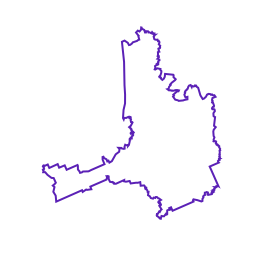 Zirņu pag., Saldus, Latvia, rotated 258°
{"feature_id": "27541924B62939624969676", "entity_name": "Zirņu pag.", "entity_type": "district", "adm_level": 2, "iso_a3": "LVA", "parent_name": "Latvia", "parent_adm1": "Saldus", "projection": "orthographic", "projection_center": [22.269, 56.702], "detail": "fine", "context": "isolated", "style": "outline", "palette": "violet", "viewbox_px": 256, "rotation_deg": 258, "n_neighbors": 0, "source": "geoboundaries", "source_scale": "gbopen_adm2", "svg_char_len": 5875}
<svg xmlns="http://www.w3.org/2000/svg" viewBox="0 0 256 256"><g transform="rotate(258 128 128)"><path d="M102.4,35.9L102.0,37.8L98.9,39.5L95.1,42.8L94.5,44.9L89.9,45.9L89.5,46.0L88.6,44.9L87.3,42.5L85.5,43.8L81.1,41.7L76.9,43.2L70.9,42.5L76.7,70.1L74.9,70.4L76.5,74.3L76.0,75.0L75.7,79.4L78.5,79.0L82.0,96.2L84.5,97.4L85.3,97.1L85.2,98.3L84.7,99.0L82.1,98.5L79.1,99.2L78.5,100.6L78.5,101.6L77.5,102.7L76.9,102.3L76.4,102.7L76.0,104.7L77.9,113.4L76.7,113.0L75.9,114.8L75.8,118.6L73.2,119.1L72.8,124.5L72.4,126.1L72.5,128.7L68.9,128.4L68.5,131.8L67.6,132.3L65.8,132.3L66.1,133.2L65.9,133.5L65.3,133.4L65.1,132.5L64.8,132.4L63.7,133.6L62.8,134.0L61.0,133.9L60.7,134.2L60.8,134.6L58.1,133.6L56.6,135.2L54.8,135.7L53.7,137.8L54.6,138.9L53.9,140.1L54.7,140.8L54.6,141.4L54.3,142.1L52.9,143.0L52.6,143.7L50.8,145.3L50.1,143.3L49.8,143.2L49.8,142.7L49.2,142.2L48.1,142.6L47.9,143.0L48.1,143.8L46.2,144.3L45.7,144.0L45.9,142.8L45.5,142.4L41.4,143.9L41.1,143.2L39.3,141.7L39.9,141.2L37.6,139.0L37.8,138.4L36.4,137.9L35.8,138.1L35.4,138.7L34.0,139.6L33.9,140.1L32.9,140.3L32.4,141.2L35.0,142.5L34.4,143.9L34.2,144.9L35.7,146.7L35.2,146.7L35.3,148.0L35.5,148.4L39.2,149.2L39.8,151.2L39.3,151.5L39.4,152.7L41.1,151.8L41.4,153.1L41.5,153.6L37.8,154.4L42.4,176.8L43.8,176.5L44.6,177.2L43.0,180.9L40.9,184.5L41.1,185.6L43.4,186.2L44.3,187.3L45.5,187.3L46.1,188.1L46.5,189.5L47.1,189.3L48.7,189.7L48.6,190.1L49.0,191.5L48.4,192.7L47.8,192.8L46.8,192.0L45.9,192.4L45.9,196.0L46.2,196.1L46.2,196.5L46.5,196.6L46.5,196.3L47.0,196.3L47.0,196.7L47.3,196.7L47.4,197.6L48.1,197.3L48.0,197.6L48.3,197.6L48.0,197.9L48.0,198.5L48.7,198.2L49.2,199.2L49.9,198.7L50.2,199.3L49.7,199.2L50.2,199.9L50.9,200.4L51.2,200.2L51.7,201.3L52.0,201.0L51.8,201.8L52.1,201.9L52.0,202.1L52.2,202.3L52.2,202.8L52.6,202.8L52.4,203.3L52.7,204.1L52.5,204.3L73.3,199.9L75.3,209.6L75.9,209.2L77.0,209.1L77.6,209.9L77.5,210.1L77.6,210.4L78.4,210.5L78.2,210.8L78.5,210.8L78.5,211.1L78.9,211.1L79.0,211.6L79.2,211.3L80.2,211.8L80.3,211.4L81.2,211.3L82.6,212.3L83.4,211.9L83.9,212.4L85.6,212.8L86.7,212.8L87.0,213.3L87.2,213.1L88.4,213.8L90.3,213.1L91.2,213.5L92.3,212.7L92.1,212.5L92.2,212.2L92.8,212.1L92.7,211.7L93.4,211.1L93.9,211.5L94.9,210.7L96.1,211.4L96.6,211.3L97.1,210.4L97.0,209.2L97.2,208.9L97.9,209.3L98.8,209.3L100.9,210.6L102.4,210.1L106.8,210.7L108.5,211.5L110.6,214.0L112.3,212.6L121.3,215.7L120.7,215.1L121.8,214.2L124.2,214.5L124.9,214.8L126.5,216.5L128.1,216.5L128.6,215.9L128.6,215.1L128.9,214.4L129.5,214.2L130.2,214.5L131.0,215.4L131.0,216.4L131.9,216.8L135.3,216.4L135.3,215.7L135.6,215.5L137.1,216.4L137.7,216.0L138.5,216.2L139.8,216.9L140.3,220.1L142.1,219.3L142.3,218.2L142.7,217.4L143.4,217.1L143.2,216.1L144.0,215.6L144.6,214.1L144.6,213.4L144.2,212.9L144.2,212.2L142.4,210.8L141.0,208.5L140.8,207.1L144.9,205.6L152.8,205.0L153.9,203.9L155.4,203.4L155.7,202.4L155.0,202.1L155.1,201.2L155.0,200.6L155.6,199.9L155.5,199.1L154.9,198.8L157.0,198.2L156.8,196.6L155.9,195.6L153.9,194.5L153.7,193.8L152.9,193.2L152.6,192.5L152.7,192.2L151.2,191.0L150.5,191.3L149.0,190.1L147.7,190.2L146.0,190.6L146.1,192.6L143.7,192.1L143.7,188.9L143.5,187.7L144.0,183.2L144.7,182.6L145.9,180.1L149.3,178.6L150.0,179.7L151.1,179.2L153.9,184.0L153.4,184.5L153.4,185.0L154.2,185.6L154.9,184.0L155.2,182.2L155.0,180.5L155.2,179.2L155.6,178.8L155.5,178.1L156.1,177.4L156.3,175.9L157.8,174.6L157.9,175.9L159.7,176.7L161.2,178.7L161.8,178.3L163.2,180.2L165.1,184.1L165.8,184.8L168.2,183.1L170.2,183.6L170.7,183.3L173.2,175.5L170.4,174.6L168.7,173.2L167.9,171.6L169.5,170.5L170.3,170.7L170.8,170.4L171.0,169.4L171.7,169.2L173.0,170.8L175.1,172.0L176.7,172.5L178.2,171.7L179.0,172.0L180.3,169.0L179.5,166.8L179.8,166.3L181.3,167.3L182.9,167.3L183.8,169.1L184.6,169.3L184.6,169.5L183.7,170.1L183.9,170.7L185.0,170.5L185.1,171.1L185.5,171.3L185.9,171.0L187.0,171.4L187.6,172.8L188.2,172.9L188.3,172.4L189.3,172.1L189.6,171.3L190.9,173.0L191.8,173.0L191.7,172.3L192.0,171.9L193.8,172.7L195.9,173.0L196.1,174.2L196.6,173.8L197.2,174.3L199.3,174.2L199.5,174.5L199.5,175.3L199.4,175.4L199.5,175.8L200.2,176.2L201.2,176.2L201.7,176.6L203.5,175.5L204.9,176.5L205.7,176.6L206.7,176.2L206.5,175.7L206.6,175.4L208.3,175.2L208.4,174.0L209.0,172.7L209.5,172.2L212.1,172.1L212.5,172.8L213.1,173.1L213.5,173.9L213.6,173.0L214.4,172.3L215.1,173.2L215.6,172.1L216.8,171.5L215.8,170.5L217.2,168.8L217.2,167.9L218.4,167.7L218.9,165.9L217.7,165.4L217.9,164.5L220.5,164.3L222.3,162.2L223.4,162.2L223.6,161.8L221.5,161.2L220.0,159.3L221.2,157.8L219.7,155.7L216.1,157.5L216.0,157.2L212.1,157.4L211.9,156.0L211.3,155.0L210.8,150.5L209.8,149.4L208.9,147.5L208.9,146.2L211.4,145.5L214.2,142.8L213.6,140.0L193.5,137.9L170.7,133.5L161.3,132.1L152.6,130.2L146.6,127.4L138.8,125.2L137.3,125.6L138.2,126.1L138.6,127.0L138.2,128.2L138.8,130.6L138.8,131.6L138.2,132.8L137.6,132.8L137.6,131.7L137.2,131.5L136.7,132.4L135.6,132.7L135.0,132.2L133.2,132.2L132.9,133.4L132.5,133.6L129.6,131.2L128.6,129.3L128.3,129.5L128.4,130.2L128.3,130.4L127.0,130.3L126.4,131.0L125.5,130.7L125.0,131.3L124.3,131.1L123.3,132.2L122.4,132.7L121.6,131.8L122.9,130.1L122.4,129.5L121.8,129.6L121.8,130.5L120.0,131.6L119.6,131.3L119.2,130.0L117.0,129.5L117.1,129.1L117.8,128.8L117.9,128.5L117.2,128.2L117.1,127.6L116.1,127.7L116.0,127.1L114.8,127.0L111.3,125.4L110.6,124.5L111.5,124.8L111.4,122.9L112.2,121.8L110.6,120.8L108.5,120.4L108.5,119.4L109.4,117.4L109.9,117.3L110.6,114.5L109.1,115.3L106.6,114.4L104.8,110.5L98.9,105.3L98.0,102.6L100.2,102.1L100.2,101.4L99.8,100.8L101.9,100.4L103.5,98.4L105.0,98.0L104.9,97.1L102.3,96.6L97.5,97.5L94.6,83.4L93.8,80.4L94.8,74.9L94.2,73.8L94.1,71.8L95.7,71.5L97.8,70.4L101.4,71.1L102.3,70.9L99.9,59.3L104.6,58.3L103.5,52.4L107.3,51.7L105.3,42.7L109.0,41.9L108.1,37.8L108.9,37.7L108.8,37.3L108.4,37.3L108.0,36.8L106.6,37.5L105.7,37.3L105.2,36.6L105.0,37.0L104.2,36.2L103.6,36.5L102.4,35.9Z" fill="none" stroke="#5b21b6" stroke-width="2"/></g></svg>